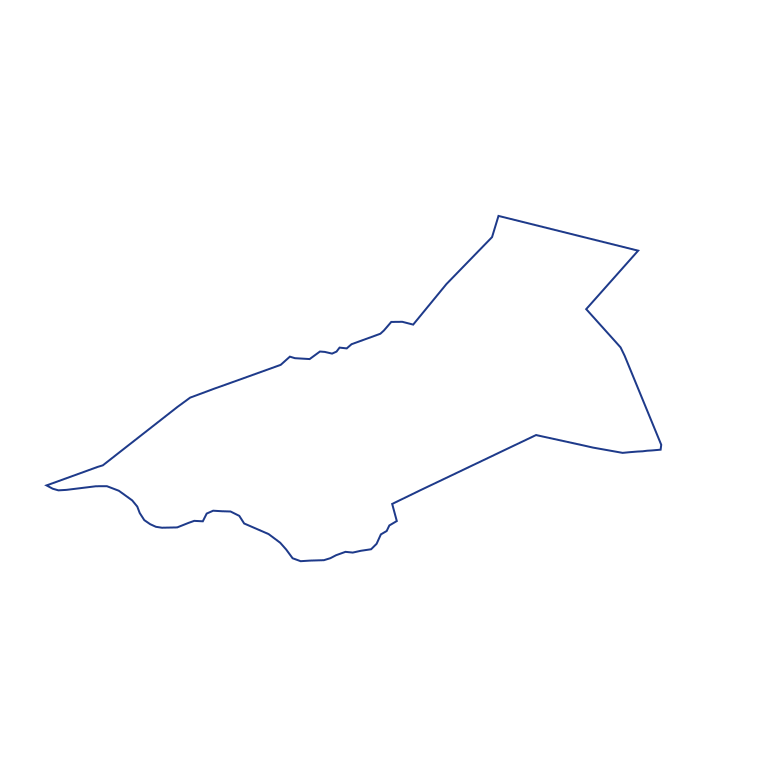 the district of Campo Largo do Piauí, Piauí, Brazil, rotated 290°
{"feature_id": "56859067B64351752657769", "entity_name": "Campo Largo do Piauí", "entity_type": "district", "adm_level": 2, "iso_a3": "BRA", "parent_name": "Brazil", "parent_adm1": "Piauí", "projection": "robinson", "projection_center": [-42.593, -3.868], "detail": "fine", "context": "isolated", "style": "outline", "palette": "blue", "viewbox_px": 768, "rotation_deg": 290, "n_neighbors": 0, "source": "geoboundaries", "source_scale": "gbopen_adm2", "svg_char_len": 1198}
<svg xmlns="http://www.w3.org/2000/svg" viewBox="0 0 768 768"><g transform="rotate(290 384 384)"><path d="M193.0,260.7L201.6,261.7L206.5,266.8L209.0,275.2L211.7,283.4L210.6,293.1L205.1,300.3L203.5,326.9L199.3,340.8L195.0,348.7L189.0,357.7L189.0,366.3L192.8,375.0L197.9,387.8L202.0,393.2L206.7,397.5L213.1,405.2L214.9,412.3L219.3,419.2L224.3,428.4L231.3,431.7L241.6,432.5L246.8,436.8L252.9,437.4L259.6,442.9L274.1,432.7L296.1,454.0L388.0,544.3L394.6,593.3L395.7,602.0L400.9,631.8L404.1,638.5L407.3,645.5L409.2,650.0L411.3,654.1L413.3,658.7L416.9,666.4L421.7,665.3L492.8,600.5L499.3,593.8L503.8,585.4L523.5,548.4L596.2,577.2L581.1,434.1L559.0,435.3L499.3,408.5L449.8,391.1L448.7,379.9L444.8,369.6L434.2,365.6L430.0,363.4L410.3,339.9L404.7,336.8L403.0,329.8L398.2,328.3L394.8,324.8L393.9,317.4L392.6,312.7L382.0,305.6L377.8,291.5L377.5,286.2L366.7,280.4L332.9,239.8L321.4,225.9L304.9,206.5L291.9,197.8L211.4,147.6L208.1,143.2L173.3,101.6L172.3,108.5L172.7,114.4L175.9,121.8L189.4,148.3L193.2,158.5L193.0,171.3L188.5,187.2L184.4,194.1L179.2,198.6L174.1,205.3L172.3,212.2L171.8,218.5L173.0,224.5L178.5,238.7L186.7,247.9L190.5,252.5L193.0,260.7Z" fill="none" stroke="#1e3a8a" stroke-width="2"/></g></svg>